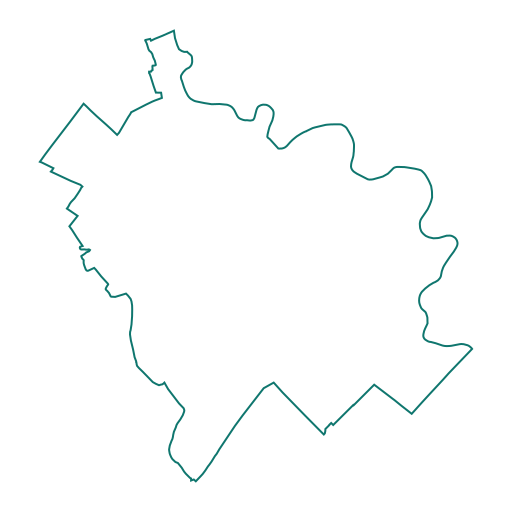 the district of Gramesti, Botosani, Romania
{"feature_id": "2599482B6407705991691", "entity_name": "Gramesti", "entity_type": "district", "adm_level": 2, "iso_a3": "ROU", "parent_name": "Romania", "parent_adm1": "Botosani", "projection": "mercator", "projection_center": [26.148, 47.907], "detail": "fine", "context": "isolated", "style": "outline", "palette": "teal", "viewbox_px": 512, "rotation_deg": 0, "n_neighbors": 0, "source": "geoboundaries", "source_scale": "gbopen_adm2", "svg_char_len": 5992}
<svg xmlns="http://www.w3.org/2000/svg" viewBox="0 0 512 512"><path d="M191.1,480.5L193.8,479.5L195.8,481.3L200.3,476.6L202.7,474.0L205.3,470.5L207.9,466.5L209.4,464.6L211.6,461.5L214.9,456.1L216.7,453.8L219.3,449.3L235.0,425.8L242.5,415.6L263.7,388.2L273.7,382.6L282.5,392.4L305.1,415.6L323.8,434.5L324.8,433.4L325.3,431.1L325.4,429.0L329.3,425.1L329.3,424.8L331.2,423.0L333.2,425.0L353.3,405.0L353.6,405.3L374.2,384.7L389.7,396.5L393.9,399.7L394.1,399.8L401.6,405.9L411.7,413.8L421.8,402.6L429.7,394.0L442.6,380.1L448.7,373.3L472.1,348.9L471.6,348.2L470.7,347.3L469.6,346.4L468.6,345.7L467.4,345.2L463.7,344.2L461.2,344.0L459.6,344.2L451.3,345.8L449.2,346.0L446.5,346.1L444.2,345.9L442.4,345.5L435.6,343.2L431.0,342.0L429.4,341.8L428.2,341.4L426.8,340.6L425.4,339.7L424.7,339.1L424.1,338.3L423.6,337.3L423.4,336.6L423.3,335.7L423.4,334.3L424.1,331.1L425.1,328.6L427.1,324.4L427.6,323.1L427.5,322.8L427.4,317.7L427.1,316.4L426.2,313.6L425.8,312.7L425.4,312.0L422.2,309.2L421.5,308.4L421.1,307.8L420.5,306.4L419.8,304.6L419.3,302.8L419.1,300.7L419.2,299.2L419.3,298.0L419.7,296.2L420.0,295.2L420.6,293.9L421.2,292.8L422.0,291.7L425.2,288.5L429.4,285.2L433.4,282.8L435.3,282.0L436.6,281.2L437.9,280.4L439.8,278.3L440.7,276.7L440.9,276.0L441.8,271.3L443.1,267.6L444.0,265.8L446.0,262.6L450.0,256.7L453.8,251.6L456.2,247.7L457.1,245.7L457.3,244.9L457.5,243.9L457.5,242.9L457.3,241.8L456.8,240.3L456.1,239.1L455.4,238.2L454.9,237.7L453.2,236.6L451.9,236.0L450.9,235.7L449.6,235.6L446.6,235.7L439.0,237.9L437.3,238.1L433.4,238.3L429.0,237.3L427.3,236.6L425.8,235.9L424.9,235.2L423.3,233.8L422.4,232.8L421.6,231.8L421.2,231.1L420.8,230.0L420.2,228.3L420.0,226.7L419.8,223.8L419.9,222.8L420.2,221.3L420.5,220.2L421.0,219.2L421.9,217.7L426.1,211.6L427.7,209.2L428.6,207.3L429.8,204.7L431.1,201.2L432.1,197.4L432.0,192.3L431.9,190.9L431.2,186.5L431.1,186.0L429.3,181.8L428.0,179.2L425.7,175.3L424.5,173.7L423.9,173.0L421.9,171.0L420.7,170.2L418.3,169.5L414.8,168.7L406.7,167.4L404.5,167.1L397.9,166.9L396.4,167.0L394.9,167.4L394.0,167.8L393.1,168.5L391.4,170.3L387.9,173.7L386.5,174.5L382.9,176.5L379.6,177.5L373.1,179.3L371.7,179.5L369.4,179.6L367.8,179.3L356.9,173.7L354.6,172.2L353.5,171.4L352.2,169.9L351.4,168.4L351.2,167.6L351.0,166.5L351.1,165.2L351.2,164.0L351.6,162.0L353.1,157.0L353.4,155.5L353.7,152.3L353.8,151.9L354.0,146.9L354.0,144.7L353.8,143.2L353.3,141.2L352.5,138.7L351.5,136.6L349.2,132.4L346.7,128.2L346.1,127.5L344.8,126.4L342.4,125.0L341.3,124.5L340.7,124.4L337.7,124.3L331.1,124.4L327.0,124.7L325.5,124.9L320.0,126.2L315.0,127.4L312.6,128.1L306.6,131.0L306.2,131.3L305.9,131.3L303.4,132.4L300.9,133.8L296.9,136.3L295.0,137.8L292.5,139.9L290.1,142.3L287.0,145.8L285.7,146.9L284.8,147.5L283.7,148.0L282.7,148.3L281.9,148.5L279.2,148.6L278.3,148.5L269.7,139.0L268.1,137.9L267.3,136.8L267.6,134.4L268.4,131.0L269.3,127.6L269.5,126.8L272.0,121.2L272.4,120.2L273.3,116.6L273.6,114.2L273.6,112.8L273.5,111.9L273.1,110.7L272.8,110.0L271.2,108.1L270.0,106.9L268.7,105.9L267.3,105.2L266.0,104.8L264.2,104.7L262.8,104.7L261.1,105.1L259.2,106.0L258.0,106.9L257.2,108.2L256.5,109.9L254.6,117.1L254.3,118.1L253.9,118.8L253.3,119.7L252.7,120.1L250.8,120.5L249.4,120.5L246.9,120.2L245.4,120.3L244.1,120.1L242.9,119.8L241.0,119.1L239.9,118.6L238.6,117.7L238.0,117.0L237.1,115.7L234.4,110.3L233.6,109.1L232.6,107.9L231.6,106.9L230.2,106.0L228.9,105.4L227.6,104.9L226.7,104.7L219.5,104.0L212.7,104.2L211.5,104.2L204.6,103.1L196.1,101.4L194.7,101.0L193.4,100.4L190.7,98.8L189.6,97.8L188.9,97.0L187.9,95.7L186.7,93.5L185.2,90.5L183.8,86.8L181.9,80.7L181.5,79.9L181.2,79.0L180.9,77.4L181.0,76.0L181.2,75.4L182.4,73.4L183.4,72.0L185.7,69.6L187.0,68.7L189.0,67.7L189.8,67.0L190.7,66.0L191.1,65.4L191.6,64.5L192.1,62.5L192.2,61.7L192.1,58.9L191.9,57.0L191.7,56.4L191.4,55.8L190.7,55.0L187.3,52.1L187.2,51.8L184.2,51.9L181.7,51.0L179.0,49.2L177.2,45.1L175.0,38.1L173.9,30.7L162.6,35.7L154.9,38.8L151.0,40.7L150.2,38.9L145.4,40.0L145.2,40.2L145.2,40.4L146.2,42.3L146.8,43.7L148.5,49.3L149.3,50.7L151.1,52.2L152.3,54.1L153.2,57.2L154.0,59.0L154.8,60.6L155.8,64.6L155.8,64.9L155.7,65.1L154.8,65.5L152.6,65.7L152.4,66.4L152.6,70.0L151.5,70.6L151.3,71.0L151.3,71.4L150.9,71.7L149.1,71.7L149.1,73.1L149.5,73.5L150.6,76.4L153.6,86.0L155.9,92.6L161.1,92.7L161.9,97.9L159.6,98.8L155.2,100.4L152.3,101.6L145.9,104.7L131.1,112.3L130.8,113.1L129.5,115.2L128.4,116.8L119.0,132.8L117.1,134.9L111.3,129.3L106.3,124.7L96.7,116.2L90.5,110.4L86.6,106.5L83.6,103.7L70.1,121.7L51.8,145.6L45.2,154.4L39.9,161.8L41.8,162.5L53.4,168.2L52.6,169.6L50.9,171.6L70.8,180.9L80.4,184.8L82.4,186.6L81.1,188.0L80.2,189.9L77.7,193.8L74.7,198.2L71.0,202.1L69.8,203.8L68.4,206.5L66.9,208.6L77.6,215.9L69.4,226.3L72.2,230.2L76.9,237.6L82.6,246.0L80.1,246.8L79.8,247.7L80.0,248.5L80.5,249.2L81.4,249.5L84.4,249.4L86.2,249.7L87.3,249.7L88.4,249.4L89.5,249.6L90.0,250.0L89.7,250.5L89.0,251.3L86.3,252.4L85.1,253.5L83.7,254.5L81.7,255.8L81.3,256.1L81.4,256.7L81.7,257.3L82.3,258.7L83.1,259.4L83.7,260.2L83.6,262.0L83.7,263.4L84.1,265.0L85.0,267.5L85.8,269.5L86.6,270.5L87.6,270.8L88.2,270.7L94.2,267.9L95.8,269.6L98.1,272.5L101.2,276.4L107.8,283.6L108.2,284.3L108.1,284.6L106.9,286.3L105.8,288.4L105.7,289.2L106.1,289.9L107.3,291.0L109.0,293.0L110.7,296.4L111.3,296.7L115.2,296.9L126.0,293.6L128.0,295.6L130.6,298.9L131.5,301.5L132.1,305.4L132.2,309.3L132.1,316.2L131.5,324.5L130.6,330.2L130.1,331.9L130.0,334.5L130.9,340.5L133.1,349.6L134.6,357.2L136.2,361.4L136.1,362.1L136.4,362.5L136.7,364.6L137.1,365.9L139.0,368.1L143.0,372.0L152.8,382.1L156.0,383.9L159.0,385.2L160.9,384.6L162.2,384.4L163.3,383.7L164.4,382.6L168.1,389.1L179.0,403.4L183.7,408.3L184.3,410.2L184.1,411.7L182.8,415.2L180.4,419.3L177.5,423.3L176.5,425.1L175.8,427.4L174.6,430.2L173.9,431.8L173.2,434.9L172.9,437.0L172.4,439.0L171.5,440.9L169.8,445.5L169.1,449.4L169.2,450.7L169.7,453.5L170.2,454.9L171.3,457.4L172.4,459.1L175.4,462.0L177.9,463.0L181.7,467.7L184.1,471.6L185.8,473.7L190.0,477.9L191.1,478.5L191.1,480.5Z" fill="none" stroke="#0f766e" stroke-width="2"/></svg>